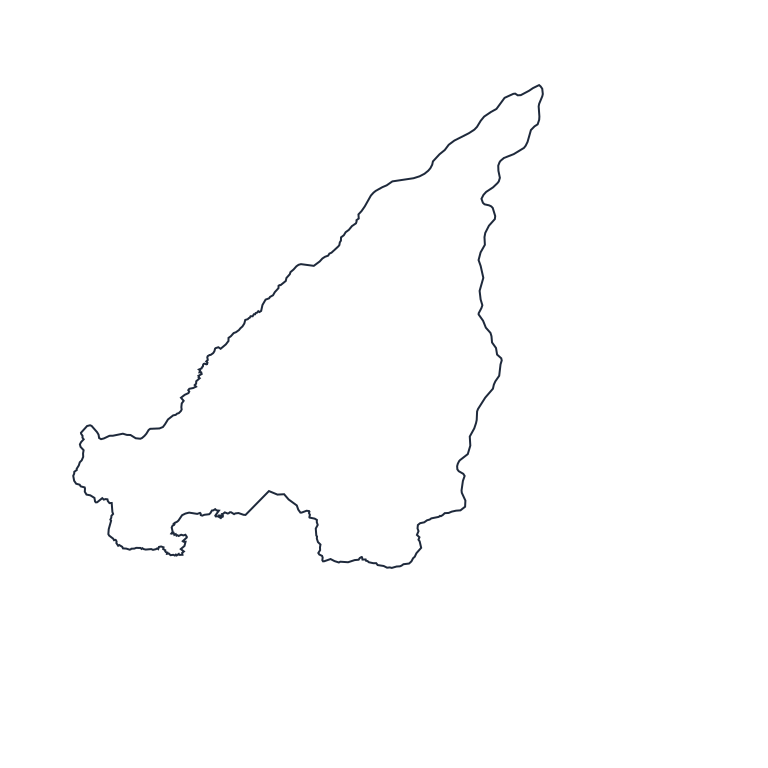 the district of Fredonia, Antioquia, Colombia, rotated 231°
{"feature_id": "7082276B62659196933194", "entity_name": "Fredonia", "entity_type": "district", "adm_level": 2, "iso_a3": "COL", "parent_name": "Colombia", "parent_adm1": "Antioquia", "projection": "equal_earth", "projection_center": [-75.678, 5.875], "detail": "fine", "context": "isolated", "style": "outline", "palette": "slate", "viewbox_px": 768, "rotation_deg": 231, "n_neighbors": 0, "source": "geoboundaries", "source_scale": "gbopen_adm2", "svg_char_len": 6108}
<svg xmlns="http://www.w3.org/2000/svg" viewBox="0 0 768 768"><g transform="rotate(231 384 384)"><path d="M538.2,126.8L536.8,117.8L536.0,117.3L533.4,117.1L532.1,115.9L530.0,115.8L529.5,112.1L528.5,109.7L526.1,108.6L521.6,108.9L519.4,106.4L516.7,104.4L514.9,101.0L514.6,98.3L512.8,95.6L511.5,91.8L510.5,91.1L510.7,88.1L509.3,86.8L508.2,84.7L503.8,82.3L500.2,82.0L497.3,84.1L495.3,83.9L492.0,86.3L490.9,85.8L488.6,83.7L485.3,83.2L482.3,85.7L477.7,87.3L474.5,85.5L473.3,85.6L472.6,86.7L472.6,93.2L470.5,93.5L469.8,95.2L468.4,96.5L466.8,95.7L464.2,95.7L462.9,97.5L455.5,92.4L453.5,91.7L453.1,89.2L451.7,87.9L450.8,86.0L449.5,85.9L444.4,78.7L440.8,75.3L439.2,75.0L434.2,76.2L432.5,75.9L431.9,77.2L431.2,77.4L429.8,77.0L428.8,75.9L425.6,75.6L425.5,76.9L422.2,78.1L420.5,77.7L418.3,80.1L415.3,82.1L414.9,83.1L415.0,84.0L413.2,86.4L412.6,88.3L409.8,91.6L408.4,91.8L408.4,92.9L407.0,93.3L405.3,94.6L402.2,99.2L400.5,100.1L399.2,102.7L399.0,104.2L397.8,104.6L399.0,106.6L398.0,108.5L395.8,109.9L394.7,108.5L392.4,109.4L391.7,108.7L390.5,108.7L389.4,109.5L388.6,108.5L387.7,110.1L385.3,110.4L383.8,112.8L382.3,113.5L382.4,114.9L381.2,115.0L381.1,117.6L380.0,117.4L378.1,119.9L379.8,120.9L379.8,123.1L383.6,122.2L383.7,127.0L386.3,130.5L387.6,128.9L388.5,128.7L388.8,134.1L389.4,134.6L391.8,134.8L392.6,132.8L394.5,131.5L395.1,128.8L396.4,128.4L396.7,127.3L398.4,127.7L398.7,126.1L400.7,126.8L401.2,124.9L401.6,124.6L402.2,126.8L406.1,128.7L407.0,130.6L406.6,132.3L406.9,132.9L407.7,132.7L407.8,134.0L407.2,136.2L407.2,138.2L409.1,144.5L408.3,148.1L406.7,151.6L400.6,157.1L399.6,159.9L398.8,160.0L397.4,159.1L396.1,159.9L395.4,162.1L392.8,166.2L393.0,168.1L394.0,170.6L393.2,171.9L393.0,174.0L391.2,174.3L389.5,176.0L387.9,170.1L387.0,169.9L385.7,171.7L382.5,172.8L382.7,173.9L385.1,173.7L384.5,174.5L382.5,175.2L382.8,175.8L384.8,176.4L384.4,177.1L384.4,179.5L381.7,181.0L381.3,181.9L381.3,183.5L380.6,184.4L377.2,185.6L377.0,187.0L375.3,189.7L370.8,192.5L369.4,194.0L373.2,227.2L365.1,231.6L361.2,237.0L354.3,237.2L344.5,239.8L340.3,238.3L336.7,238.1L335.9,239.1L334.2,244.1L332.4,245.8L331.7,245.7L331.0,244.5L329.0,244.1L327.5,242.2L327.0,242.1L323.0,245.4L320.6,246.3L318.9,244.8L316.2,243.8L314.6,240.0L308.8,236.0L307.7,236.0L306.1,234.5L302.7,233.2L299.2,233.6L297.4,231.5L295.1,229.8L294.0,226.6L292.2,226.4L289.4,227.7L287.7,227.1L285.9,225.2L284.6,225.0L283.9,225.9L281.6,232.3L277.5,234.1L273.7,236.6L273.4,238.2L268.1,243.9L265.6,250.4L263.4,253.7L264.0,255.6L263.7,257.6L263.2,257.9L261.1,256.8L259.2,259.3L258.0,258.8L256.7,259.8L255.1,260.0L251.6,262.8L249.6,265.2L247.3,265.1L242.8,269.2L239.3,270.8L237.8,273.1L236.2,274.3L234.2,279.0L232.3,281.6L231.8,283.3L231.7,285.7L228.7,290.5L228.9,293.7L230.3,297.0L230.4,299.2L232.1,302.7L233.3,309.8L239.3,312.7L241.3,312.8L242.6,315.1L246.0,314.6L247.9,318.2L250.7,319.2L253.1,321.6L253.1,324.5L251.2,328.2L251.0,331.7L249.9,334.2L249.8,336.2L246.3,342.9L246.3,344.5L245.5,345.0L245.2,347.1L245.4,349.9L243.1,353.1L242.2,356.3L240.2,360.3L237.7,363.9L237.6,369.8L242.2,373.9L250.5,376.0L252.5,377.3L259.0,384.3L261.8,388.8L264.3,389.1L269.2,387.2L271.5,387.3L274.1,389.1L275.6,391.2L276.8,393.9L277.0,395.4L276.8,405.0L281.8,412.3L289.2,417.6L292.7,426.2L295.7,430.9L297.7,433.4L304.1,439.1L305.4,441.3L309.7,454.1L311.8,465.7L314.4,469.0L316.0,472.2L317.9,478.7L325.9,486.9L328.2,490.3L330.2,491.3L335.7,490.4L341.5,493.7L348.3,494.1L353.5,497.6L356.7,498.9L363.7,498.6L370.8,500.8L378.5,501.3L379.4,502.1L381.7,507.5L383.3,510.0L388.9,512.3L396.2,516.9L404.0,528.0L414.9,533.4L420.8,535.5L425.5,541.9L428.7,550.0L434.9,554.5L437.7,557.8L441.0,565.2L442.4,573.9L444.5,576.1L452.4,579.3L454.6,579.1L456.7,578.1L460.4,575.2L462.6,574.9L466.6,576.3L468.4,580.4L469.0,584.3L468.2,592.5L468.7,598.6L469.2,600.7L471.3,603.8L477.7,607.1L481.8,610.2L483.6,613.3L484.1,615.0L484.2,619.4L481.0,629.5L479.4,641.3L480.0,644.0L481.8,647.9L488.9,658.0L489.5,663.1L489.1,666.8L491.7,670.9L494.1,673.1L502.4,678.9L504.1,680.9L508.0,688.1L509.4,689.9L513.9,692.8L516.8,693.0L518.7,692.6L520.2,686.0L520.6,681.3L522.4,672.1L524.2,669.6L527.1,668.7L528.1,667.1L530.5,657.8L527.0,644.5L528.1,638.3L528.8,630.1L527.7,624.8L525.3,618.1L524.8,614.3L525.5,607.7L528.9,591.9L529.2,584.9L527.6,578.5L527.6,571.7L526.2,562.1L524.1,559.5L522.5,555.8L521.9,552.6L521.9,547.8L523.0,542.4L525.3,536.5L536.2,518.0L536.7,511.1L538.0,506.6L539.3,499.1L539.3,496.3L538.7,492.4L534.1,480.8L532.5,475.3L531.9,470.9L528.5,468.5L528.6,465.7L527.5,464.9L526.5,463.3L526.9,458.5L525.9,453.6L526.1,449.7L524.9,446.4L525.0,442.9L522.5,440.7L521.9,438.8L520.1,436.8L519.7,435.3L519.1,425.8L519.7,423.6L518.9,421.4L520.0,418.2L520.3,415.1L519.7,411.2L520.0,403.8L529.4,394.9L530.4,392.6L530.6,390.0L529.9,385.8L529.8,381.7L528.6,379.9L527.8,374.9L525.9,372.5L525.9,365.9L526.6,365.0L526.7,363.9L524.9,362.3L524.1,356.9L522.8,353.6L523.4,350.3L522.9,348.6L524.1,345.1L521.9,339.3L518.1,334.5L518.3,332.5L519.7,332.1L519.3,330.4L519.9,328.9L519.3,327.7L520.1,326.7L519.3,324.5L520.6,322.9L520.0,321.4L520.3,320.3L520.1,318.9L521.1,316.5L518.9,313.5L517.8,310.2L517.7,307.5L517.2,305.2L517.4,301.6L518.2,299.2L517.5,295.0L517.7,292.2L515.3,290.2L514.3,286.0L514.2,279.2L516.8,278.4L517.8,275.8L517.8,275.0L516.2,272.8L515.5,270.7L515.7,267.6L516.3,266.7L516.6,264.6L516.0,263.5L513.6,262.2L513.4,260.1L511.8,260.3L510.8,259.0L511.1,258.3L512.7,257.4L513.1,256.5L512.7,255.4L511.6,254.3L511.5,252.8L510.9,252.1L511.7,249.3L510.3,249.6L509.2,247.9L508.1,249.3L506.5,248.6L507.1,244.9L506.2,244.8L505.8,244.1L504.5,244.4L504.3,239.8L502.5,238.2L502.3,236.2L500.2,236.3L501.0,233.1L502.8,229.7L502.4,228.0L500.7,227.9L500.0,226.3L501.0,222.3L501.1,217.6L497.0,217.7L496.2,214.6L493.5,211.9L491.5,210.7L490.8,209.1L490.5,206.2L491.2,204.5L491.1,202.7L492.3,200.4L492.4,193.8L490.5,188.4L489.7,185.1L490.8,181.5L496.3,174.1L496.4,172.2L494.9,168.0L494.4,165.2L494.3,162.0L494.8,160.2L498.1,156.9L503.9,154.9L506.3,152.1L509.7,149.8L514.4,140.8L516.5,138.1L518.0,132.0L519.2,129.4L521.3,128.6L524.3,130.3L527.2,130.7L535.4,130.4L536.9,129.6L538.2,126.8Z" fill="none" stroke="#1e293b" stroke-width="2"/></g></svg>